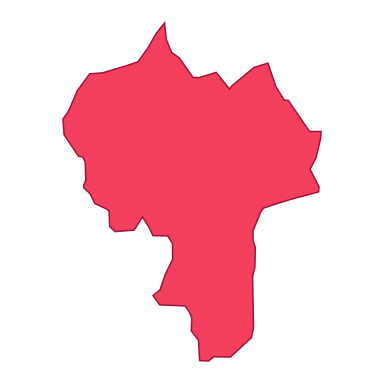 Damagaram Takaya, Zinder, Niger (Equal Earth projection)
{"feature_id": "23599985B91194911882215", "entity_name": "Damagaram Takaya", "entity_type": "district", "adm_level": 2, "iso_a3": "NER", "parent_name": "Niger", "parent_adm1": "Zinder", "projection": "equal_earth", "projection_center": [9.461, 14.063], "detail": "fine", "context": "isolated", "style": "filled", "palette": "rose", "viewbox_px": 384, "rotation_deg": 0, "n_neighbors": 0, "source": "geoboundaries", "source_scale": "gbopen_adm2", "svg_char_len": 1000}
<svg xmlns="http://www.w3.org/2000/svg" viewBox="0 0 384 384"><path d="M115.2,231.6L134.2,230.1L142.5,216.9L149.6,228.4L152.9,235.7L167.7,235.9L172.5,243.5L172.6,259.4L165.3,274.3L160.0,289.9L153.0,295.6L159.7,304.9L185.0,305.9L189.3,311.9L191.8,317.9L191.3,330.9L198.5,340.3L199.6,360.6L208.6,361.0L213.7,356.8L230.5,357.0L251.4,337.6L253.5,328.0L252.6,276.5L254.9,267.2L255.3,247.4L253.1,240.6L253.0,230.8L260.7,212.1L263.3,208.2L272.3,205.1L291.9,199.0L318.6,191.9L319.0,186.8L310.1,169.3L316.1,157.5L320.6,138.7L321.1,131.5L309.5,131.5L288.3,100.4L284.2,100.2L275.8,86.4L268.0,63.1L254.1,67.4L232.0,85.7L229.4,89.0L216.2,72.4L199.0,77.6L193.0,77.5L179.4,58.0L171.6,52.4L166.4,39.7L164.5,23.0L156.1,33.5L148.3,47.3L138.1,61.7L126.3,65.8L102.4,72.9L89.7,73.8L77.2,90.8L69.0,110.3L62.9,119.2L64.1,134.8L78.5,156.3L82.7,157.0L85.2,161.7L85.8,180.0L83.6,185.6L83.8,187.8L90.2,193.9L94.9,203.6L107.0,209.2L109.1,211.1L109.7,226.6L115.2,231.6Z" fill="#f43f5e" stroke="#9f1239" stroke-width="1.5"/></svg>